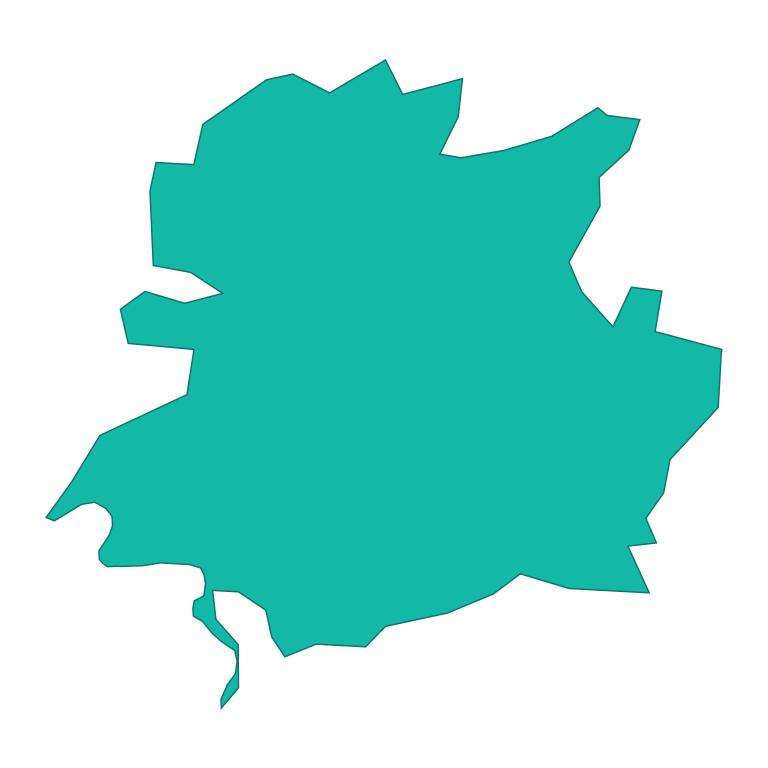 the district of Buka, Tashkent, Uzbekistan
{"feature_id": "79887680B42380635367979", "entity_name": "Buka", "entity_type": "district", "adm_level": 2, "iso_a3": "UZB", "parent_name": "Uzbekistan", "parent_adm1": "Tashkent", "projection": "albers", "projection_center": [69.118, 40.699], "detail": "fine", "context": "isolated", "style": "filled", "palette": "teal", "viewbox_px": 768, "rotation_deg": 0, "n_neighbors": 0, "source": "geoboundaries", "source_scale": "gbopen_adm2", "svg_char_len": 1293}
<svg xmlns="http://www.w3.org/2000/svg" viewBox="0 0 768 768"><path d="M718.2,407.4L721.3,352.6L721.9,349.5L655.1,331.6L661.9,291.2L631.4,287.2L612.9,326.9L581.6,291.6L568.9,262.1L600.0,206.2L599.1,177.4L628.8,150.2L639.8,119.7L607.0,115.4L597.9,107.7L551.6,136.4L503.7,150.5L460.9,157.8L439.8,154.2L458.2,116.8L462.5,78.6L402.7,94.5L385.5,60.0L329.6,92.9L292.8,74.1L266.5,79.8L202.9,124.3L193.8,164.6L156.1,162.5L150.0,191.0L153.3,265.5L190.7,272.4L222.8,293.4L184.5,303.3L144.9,291.5L120.4,309.3L128.2,343.4L194.0,349.4L187.0,394.6L100.0,435.4L71.7,481.9L46.1,517.5L49.4,518.8L54.4,520.8L70.3,511.2L81.6,504.3L94.9,502.2L105.9,508.5L112.1,516.4L112.5,526.0L109.2,535.3L98.9,550.9L99.4,559.5L103.0,563.5L107.5,566.6L117.9,566.2L120.7,566.4L142.4,565.7L160.5,562.9L189.6,564.5L200.7,568.0L204.1,574.9L205.5,583.5L203.9,595.8L194.2,600.9L192.9,608.4L193.4,616.1L202.5,621.4L212.2,633.3L221.3,641.4L234.9,650.7L237.1,661.3L235.5,673.6L227.4,684.6L221.0,699.4L221.4,708.0L238.5,687.8L238.2,644.6L215.9,619.4L212.6,590.4L238.5,591.8L265.9,610.2L271.7,636.9L284.9,656.8L316.2,644.1L365.6,646.8L385.5,626.3L447.5,613.0L493.4,593.9L520.3,573.8L569.1,588.5L649.2,592.8L627.9,546.1L656.4,542.9L645.8,518.3L663.6,492.9L670.0,459.6L718.2,407.4Z" fill="#14b8a6" stroke="#0f766e" stroke-width="1.5"/></svg>